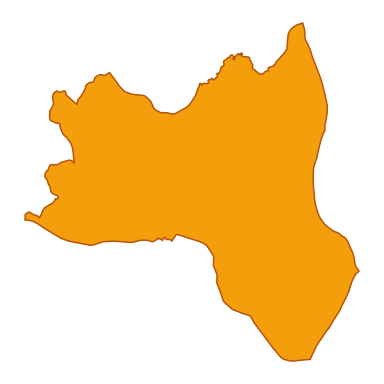 Champasack, Champasak, Laos (Natural Earth projection)
{"feature_id": "54806243B29706107619641", "entity_name": "Champasack", "entity_type": "district", "adm_level": 2, "iso_a3": "LAO", "parent_name": "Laos", "parent_adm1": "Champasak", "projection": "natural_earth1", "projection_center": [105.751, 14.847], "detail": "fine", "context": "isolated", "style": "filled", "palette": "amber", "viewbox_px": 384, "rotation_deg": 0, "n_neighbors": 0, "source": "geoboundaries", "source_scale": "gbopen_adm2", "svg_char_len": 5699}
<svg xmlns="http://www.w3.org/2000/svg" viewBox="0 0 384 384"><path d="M310.2,359.5L310.6,358.5L311.2,357.1L311.9,355.4L313.0,353.2L314.3,350.5L315.5,347.9L317.2,344.8L319.2,341.6L321.7,338.2L326.3,331.2L329.1,327.8L331.8,323.2L333.7,319.9L335.8,316.7L337.5,314.0L339.3,311.1L340.5,309.1L341.6,306.1L342.8,304.0L344.6,300.2L346.3,297.1L347.5,294.3L349.1,290.8L350.1,286.9L352.1,281.3L353.8,277.5L355.7,274.1L359.0,271.2L355.9,266.7L354.8,262.7L354.2,258.4L353.7,256.1L352.7,252.7L351.0,249.2L349.2,244.8L347.7,241.4L346.3,239.4L344.5,237.2L342.1,236.0L338.7,233.2L336.1,232.1L333.9,231.4L332.0,230.2L329.4,228.3L324.7,224.3L321.2,219.6L319.3,216.4L317.8,212.8L315.7,205.8L314.5,198.9L314.1,192.0L313.7,189.9L313.4,186.1L313.2,181.3L313.2,175.7L313.5,168.9L314.2,165.7L315.3,161.9L316.7,158.4L317.6,153.7L320.6,141.4L322.2,136.0L323.5,133.0L325.0,130.6L324.8,127.4L324.9,125.6L325.9,120.6L326.8,115.4L327.3,111.4L327.2,105.4L325.8,98.3L324.9,94.3L322.1,83.4L321.1,79.6L312.0,55.8L310.8,51.5L308.2,45.1L305.5,39.9L304.7,35.9L304.8,34.2L304.8,31.8L304.3,28.3L303.2,25.1L302.7,23.0L302.3,23.2L297.1,24.8L293.3,27.1L291.4,28.9L290.2,30.3L289.1,32.2L288.2,34.2L287.6,39.8L287.3,43.8L286.9,49.2L283.7,53.7L280.4,57.3L276.1,62.0L275.0,64.3L274.3,64.8L273.9,65.4L273.5,65.8L273.2,66.2L272.7,66.2L272.4,66.3L271.9,66.5L270.4,66.9L269.3,67.3L268.9,67.5L268.6,67.8L268.4,68.1L268.3,68.5L268.3,70.1L268.4,70.8L267.8,70.7L267.4,70.8L266.7,70.9L265.7,71.3L265.2,71.6L263.7,73.2L262.4,74.2L262.1,74.3L261.8,74.2L261.6,74.0L261.4,74.0L260.3,74.0L259.9,74.0L259.6,73.8L258.6,73.4L258.2,73.1L257.5,72.3L257.1,71.9L256.7,71.7L256.3,71.6L255.9,71.3L255.7,70.8L254.8,69.9L254.3,69.5L253.8,69.3L253.3,69.2L252.9,68.9L252.6,68.7L252.5,68.1L252.5,67.6L252.8,65.4L252.6,64.8L252.1,63.6L251.6,62.6L250.4,60.8L249.8,59.7L249.6,59.0L249.5,58.6L249.6,58.2L249.5,57.9L249.4,57.6L249.2,57.4L248.6,57.1L247.8,56.9L247.1,56.9L246.0,56.7L245.2,56.8L244.5,56.8L243.6,56.6L242.8,56.6L242.5,56.4L242.2,56.4L242.0,56.2L241.9,56.0L241.9,55.2L242.2,54.4L242.2,53.9L242.2,53.4L242.0,53.2L241.6,53.1L241.3,53.1L241.1,53.3L240.9,53.5L240.6,54.7L240.4,54.9L240.1,55.1L239.8,54.9L239.5,54.7L239.2,54.2L238.9,53.7L238.4,53.6L238.0,53.8L237.7,54.0L237.1,54.6L236.0,55.6L235.6,56.2L235.4,56.7L234.6,59.0L234.4,59.4L234.2,59.6L233.8,59.6L233.4,59.4L233.2,59.2L233.0,58.8L233.0,58.6L233.1,58.4L233.3,58.3L233.5,58.3L233.7,58.1L234.4,57.9L234.5,57.6L234.5,57.2L234.2,56.7L233.4,56.1L232.9,55.4L232.6,55.2L232.3,55.1L231.7,55.0L231.0,55.1L230.5,55.4L230.1,56.2L229.9,56.9L229.6,57.5L229.2,57.6L228.6,57.4L228.4,57.4L228.1,57.4L227.6,58.0L226.9,58.9L226.7,59.2L226.0,59.6L225.7,59.8L224.9,60.2L224.5,60.6L223.8,61.0L223.6,61.5L223.6,62.1L224.0,64.2L224.0,64.9L223.9,65.4L223.6,65.7L223.4,65.9L222.9,66.2L221.9,66.4L221.7,66.6L221.3,67.0L221.1,67.4L220.9,68.0L220.5,70.0L220.2,70.9L219.5,72.3L219.2,72.8L218.8,73.3L218.2,73.6L217.8,73.5L217.6,73.3L217.4,73.2L217.2,73.2L217.0,73.4L216.9,73.8L216.9,74.1L217.3,75.2L217.4,75.5L217.3,75.9L217.3,76.2L217.2,76.5L217.0,76.8L216.7,77.2L214.2,79.4L213.9,79.7L213.7,79.8L213.2,79.7L212.6,78.7L212.3,78.4L212.0,78.3L211.6,78.5L210.7,79.4L210.1,79.8L209.8,79.9L208.6,79.8L208.4,80.1L208.2,80.4L208.1,81.2L208.3,82.1L208.5,82.4L208.5,82.7L208.2,83.0L207.3,83.6L206.5,83.7L206.0,83.6L204.5,83.3L203.9,83.3L203.5,83.4L203.1,83.5L202.6,83.9L202.4,84.4L201.8,85.0L201.5,84.9L201.3,84.7L200.8,83.8L200.6,83.6L200.4,83.5L200.1,83.5L199.9,83.6L199.6,83.7L199.4,84.0L199.3,84.4L199.3,85.0L199.3,85.8L199.2,86.5L199.0,87.1L198.6,87.5L198.4,87.6L195.6,95.2L193.8,98.2L190.5,103.2L188.0,106.2L185.2,108.1L174.5,114.0L172.7,114.1L170.0,113.6L168.5,113.1L166.2,112.7L160.9,112.7L159.4,111.9L156.5,110.6L155.5,109.9L153.4,107.4L152.2,104.4L150.8,101.7L149.5,100.0L147.9,98.4L145.2,96.0L142.2,95.3L134.4,94.6L129.7,93.6L127.4,92.6L124.6,91.6L119.3,86.1L116.7,82.2L109.5,72.5L104.7,75.5L103.3,75.4L101.8,74.8L99.9,74.7L99.1,75.0L96.3,76.5L95.1,77.4L93.6,81.6L92.8,82.2L89.7,82.5L88.1,83.4L86.2,85.1L85.9,85.7L85.3,88.5L83.2,92.6L80.7,96.5L78.0,99.8L76.9,104.3L74.3,102.3L68.7,97.2L66.2,95.1L66.1,93.7L65.5,91.3L64.3,91.0L59.8,92.1L58.2,91.9L57.2,90.9L55.9,91.5L54.3,92.7L52.8,95.2L52.7,98.7L53.3,101.6L53.5,104.3L51.6,108.1L50.1,110.5L49.8,111.4L49.6,116.3L50.2,119.9L50.9,120.9L53.3,121.6L56.0,123.1L58.6,123.3L59.2,123.6L59.6,124.2L60.0,126.2L60.9,129.5L62.9,133.8L64.6,135.8L66.7,137.5L67.5,138.9L70.0,141.8L71.4,144.8L72.6,148.4L72.8,149.3L73.5,155.5L73.8,159.5L74.0,163.0L73.2,162.0L71.8,160.8L69.5,160.1L66.9,160.7L62.1,162.1L59.9,163.1L57.2,164.7L53.6,164.9L52.3,164.5L51.2,164.6L49.7,165.7L49.1,167.3L48.1,169.6L45.4,172.8L44.7,176.1L45.2,177.5L47.5,180.5L47.6,181.3L48.6,185.0L49.6,185.6L50.3,188.1L50.6,190.7L51.4,192.4L53.4,194.1L56.7,195.4L57.5,196.1L58.2,197.2L58.1,198.3L57.6,199.0L56.0,198.7L55.4,199.0L54.1,201.4L52.3,203.3L49.4,204.8L44.6,207.9L42.8,210.7L39.9,217.3L39.4,217.6L38.3,216.4L37.2,215.8L33.1,214.4L29.4,212.1L28.2,212.3L25.6,214.2L25.2,214.7L25.0,219.9L30.0,220.5L33.7,221.6L38.5,224.3L44.1,228.1L61.0,238.3L68.4,241.0L90.1,245.3L93.4,244.9L103.3,241.7L114.3,241.1L131.9,242.5L136.6,241.2L141.0,240.2L146.8,240.2L150.5,241.2L152.8,241.7L154.2,241.2L156.7,239.6L158.2,238.2L159.2,238.9L161.1,239.4L162.3,240.4L162.9,240.0L163.3,238.4L164.3,237.6L165.2,237.6L165.3,238.7L166.6,239.6L168.5,239.3L169.9,239.8L171.2,240.0L171.9,241.0L176.4,234.5L178.0,234.7L198.7,241.3L201.5,242.5L203.3,243.1L204.8,244.3L206.7,245.4L213.7,256.4L213.4,265.5L217.1,274.9L216.8,282.7L219.8,290.5L223.6,301.5L232.1,309.3L241.3,312.9L250.1,315.9L254.9,323.7L272.5,347.4L278.4,354.4L280.6,357.1L282.7,358.4L283.9,359.4L290.1,360.9L294.3,361.0L303.6,359.9L310.2,359.5Z" fill="#f59e0b" stroke="#b45309" stroke-width="1.5"/></svg>